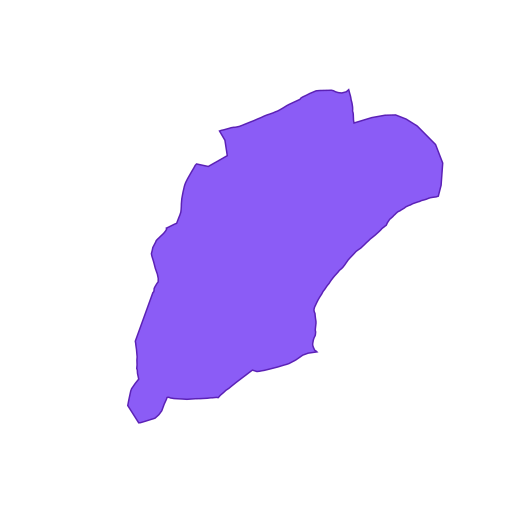 outline of Marisule/La Brellotte, Gros Islet, Saint Lucia, rotated 220°
{"feature_id": "8701671B65833866980229", "entity_name": "Marisule/La Brellotte", "entity_type": "district", "adm_level": 2, "iso_a3": "LCA", "parent_name": "Saint Lucia", "parent_adm1": "Gros Islet", "projection": "equal_earth", "projection_center": [-60.972, 14.058], "detail": "fine", "context": "isolated", "style": "filled", "palette": "violet", "viewbox_px": 512, "rotation_deg": 220, "n_neighbors": 0, "source": "geoboundaries", "source_scale": "gbopen_adm2", "svg_char_len": 4246}
<svg xmlns="http://www.w3.org/2000/svg" viewBox="0 0 512 512"><g transform="rotate(220 256 256)"><path d="M147.7,221.7L148.9,221.8L149.7,221.6L150.6,221.6L152.9,222.7L154.5,223.6L155.6,224.5L156.5,225.7L157.2,227.0L157.8,228.0L158.3,229.0L159.0,230.9L159.5,233.1L160.2,234.3L161.5,236.2L162.4,236.8L163.4,237.9L165.4,240.9L166.8,243.0L168.1,244.5L169.6,245.8L170.5,246.6L172.4,248.4L173.9,249.9L175.3,250.6L176.6,251.6L177.2,252.3L178.2,254.3L179.5,259.2L180.1,261.7L180.4,263.2L180.8,265.6L181.2,269.0L181.8,271.7L181.9,273.1L181.9,274.3L182.3,278.0L182.4,279.4L182.4,281.2L182.4,282.1L182.5,282.7L182.7,284.1L182.9,286.4L182.9,287.6L183.0,289.0L183.0,290.0L183.0,291.5L182.9,293.4L182.8,296.3L182.8,297.4L182.9,298.4L182.7,299.7L182.4,301.0L182.3,302.0L182.2,303.3L182.3,305.1L182.3,305.9L182.4,307.0L182.5,308.0L182.6,309.0L182.7,310.3L182.8,311.5L182.9,312.4L182.8,313.8L182.8,314.9L182.7,316.3L182.6,317.8L182.5,319.2L182.4,321.1L182.3,323.7L182.1,324.7L181.9,325.4L181.6,326.7L181.0,328.8L180.8,329.6L180.4,333.2L180.3,333.8L180.2,335.0L180.1,335.8L180.0,337.2L179.6,340.1L179.5,341.3L179.4,342.5L178.8,345.3L178.6,346.3L178.1,348.9L178.0,349.7L177.9,350.5L177.5,353.3L177.3,355.2L177.2,356.2L177.2,357.5L177.0,359.0L176.7,359.9L176.5,361.2L176.3,362.1L176.0,363.2L176.5,365.2L176.7,365.7L177.2,370.2L176.9,371.3L176.9,371.8L176.7,372.8L176.5,374.3L176.5,374.9L176.5,375.6L176.3,376.8L176.2,377.8L176.2,378.4L176.1,379.0L176.0,379.6L175.9,380.5L175.6,381.5L175.2,382.3L174.8,383.1L174.6,383.8L174.3,384.9L174.1,385.4L173.9,385.9L173.6,386.9L173.2,388.0L172.8,390.0L171.8,392.1L171.5,392.8L170.5,394.4L169.9,396.0L169.7,396.4L169.5,396.9L169.1,397.6L168.3,398.9L167.8,399.8L167.5,400.2L167.0,401.1L166.2,402.3L165.7,403.0L165.1,404.4L164.8,404.9L164.4,405.5L163.4,406.9L162.7,407.9L162.5,408.3L162.2,408.7L161.8,409.4L161.5,410.0L161.1,410.7L160.7,411.5L160.2,412.2L159.8,412.9L159.4,413.3L158.3,414.6L156.0,417.1L154.8,419.0L159.7,429.2L172.7,447.2L190.1,456.8L216.0,459.2L229.0,457.4L239.7,453.8L246.8,447.5L247.8,446.6L256.3,436.4L266.4,420.9L267.4,421.7L268.8,422.9L269.4,423.6L272.6,427.1L273.7,428.1L274.3,428.5L275.2,429.1L276.0,430.2L277.2,431.6L278.1,432.5L278.9,433.2L280.6,434.7L281.8,435.6L283.4,436.7L285.5,438.5L287.1,439.7L287.9,440.2L291.9,443.0L292.4,439.8L295.1,436.0L297.0,434.7L298.3,433.9L300.7,432.9L302.9,432.4L304.9,431.4L306.3,430.1L309.6,427.2L313.7,423.6L316.1,421.2L317.5,418.5L319.3,415.0L320.8,411.4L322.4,408.0L323.1,405.9L323.0,404.3L328.0,393.6L329.1,390.9L329.9,388.4L330.7,386.0L331.8,383.0L332.7,380.8L333.7,379.1L334.8,376.8L336.8,373.4L338.2,371.2L339.7,368.4L341.1,365.3L342.8,362.1L344.7,358.2L346.3,355.3L351.9,344.8L353.5,342.7L354.9,341.0L355.8,340.3L357.5,338.3L358.6,336.6L360.1,334.4L361.8,331.9L363.3,330.0L364.3,328.3L354.2,324.7L342.5,314.4L350.1,293.9L360.7,288.3L360.8,286.3L360.2,283.4L359.6,279.6L358.6,274.1L358.1,271.4L357.7,269.6L357.1,267.1L356.3,264.8L355.6,263.2L353.1,258.3L351.5,255.4L349.6,252.1L346.7,248.0L345.1,246.0L343.3,243.6L341.8,241.3L340.9,239.1L340.4,237.7L339.8,235.8L338.6,232.3L337.8,230.0L338.9,228.0L340.2,225.0L341.5,222.0L342.6,219.7L341.8,219.3L341.4,217.4L341.3,214.9L341.4,213.0L341.8,209.7L342.0,207.5L342.2,206.0L342.3,204.6L342.3,203.6L341.8,202.1L340.5,196.2L339.0,193.4L337.6,190.5L335.7,189.0L330.6,185.7L325.3,181.9L319.9,178.7L316.5,176.0L314.3,173.3L314.2,171.1L313.5,166.9L313.0,165.4L312.2,164.4L311.3,162.8L311.5,161.8L293.7,113.2L293.2,112.7L292.3,112.0L290.4,110.2L287.6,107.7L282.2,102.3L280.4,99.8L277.1,96.1L275.0,93.1L273.7,92.4L271.2,89.8L266.7,86.3L266.7,85.3L266.6,80.8L266.0,74.4L265.2,72.1L263.2,68.3L260.6,63.4L258.1,59.0L238.6,52.8L237.4,54.0L234.5,58.4L229.1,66.9L228.4,72.0L228.7,76.9L231.1,83.5L232.5,88.6L233.2,90.4L232.8,91.0L232.0,91.7L230.0,92.4L229.1,93.0L227.3,94.0L224.1,96.4L220.1,99.4L216.8,101.8L210.7,107.7L206.9,111.0L201.9,115.7L199.3,118.5L198.5,119.1L195.4,122.3L193.9,123.2L193.8,126.5L193.1,130.5L192.7,133.9L191.7,137.2L191.2,140.1L189.9,146.6L185.8,164.7L185.4,166.3L181.0,168.1L179.3,169.9L177.7,171.9L176.3,173.5L172.7,178.4L167.9,185.1L164.4,190.5L163.0,192.5L161.6,194.8L158.7,201.9L156.5,210.0L156.2,210.6L154.4,213.7L153.6,215.1L147.7,221.7Z" fill="#8b5cf6" stroke="#5b21b6" stroke-width="1.5"/></g></svg>